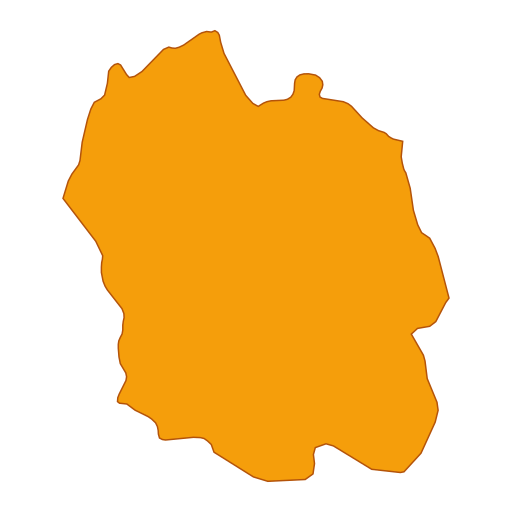 the Metropolitan department of Lozère
{"feature_id": "FRA-5320", "entity_name": "Lozère", "entity_type": "Metropolitan department", "adm_level": 1, "iso_a3": "FRA", "parent_name": "France", "parent_adm1": "", "projection": "mercator", "projection_center": [3.454, 44.535], "detail": "fine", "context": "isolated", "style": "filled", "palette": "amber", "viewbox_px": 512, "rotation_deg": 0, "n_neighbors": 0, "source": "natural_earth", "source_scale": "10m", "svg_char_len": 1971}
<svg xmlns="http://www.w3.org/2000/svg" viewBox="0 0 512 512"><path d="M449.0,298.1L445.7,302.6L435.8,321.6L429.7,326.3L417.5,328.4L411.3,334.1L423.4,355.2L425.0,361.0L427.2,378.6L437.0,402.3L438.1,410.3L435.2,422.1L421.0,453.2L404.0,471.8L400.4,472.5L371.7,469.3L333.4,445.9L326.0,443.8L315.3,447.6L313.4,454.5L314.5,463.6L313.0,473.9L305.2,479.5L267.8,481.3L253.4,476.9L214.0,452.2L211.3,444.5L207.5,440.9L204.1,438.5L200.4,437.6L193.4,437.3L165.5,440.0L162.3,439.5L159.5,438.0L158.4,434.1L158.2,430.5L157.4,426.5L155.6,422.8L151.6,419.0L148.3,416.7L135.1,410.2L126.8,404.0L119.5,403.2L117.5,401.6L117.8,397.7L119.2,394.1L126.0,380.5L126.6,376.7L125.8,372.9L120.3,363.6L119.0,357.0L118.3,348.3L118.3,344.3L118.8,340.9L120.3,337.4L122.1,334.0L122.8,330.0L122.8,325.1L123.3,321.2L124.1,317.7L123.9,313.6L122.0,308.7L107.4,290.0L105.1,286.2L103.1,281.2L101.4,272.5L101.4,267.1L101.7,262.6L102.4,259.2L102.7,255.7L95.8,241.3L63.0,198.4L68.3,181.0L71.9,174.1L78.6,164.9L80.0,160.5L82.2,142.2L87.5,119.4L90.9,108.9L94.3,102.3L100.9,98.8L104.6,95.1L107.4,83.3L108.7,71.2L111.3,67.4L114.5,64.6L117.9,63.6L120.6,65.0L126.5,74.5L129.2,77.5L134.6,76.4L142.0,71.5L163.5,49.4L168.8,47.1L171.9,48.0L175.3,48.3L179.2,47.2L183.6,45.1L199.1,34.2L201.9,32.8L206.6,31.5L211.3,32.1L214.9,30.7L217.8,32.5L219.3,35.2L220.7,42.4L224.0,53.4L245.7,95.3L252.8,103.4L258.2,106.4L263.5,103.1L266.9,101.7L271.0,100.8L283.9,100.2L287.4,99.3L290.8,97.2L292.9,94.3L294.2,90.7L294.6,83.2L295.2,79.8L297.0,76.9L299.9,74.9L303.9,73.9L308.7,73.8L315.6,75.1L319.6,77.7L322.3,81.3L322.8,84.8L322.1,88.0L320.3,91.3L319.3,94.3L320.0,97.0L322.4,98.4L343.3,101.7L348.0,103.7L351.5,106.3L362.0,117.8L373.3,127.8L378.4,130.6L384.1,132.4L386.3,133.8L388.6,136.4L391.2,138.0L393.4,139.1L402.7,141.3L401.2,156.8L402.3,163.3L403.8,169.2L404.7,171.1L405.8,172.8L410.2,188.3L413.4,210.3L417.7,224.8L421.6,232.7L429.7,238.2L435.1,248.4L438.2,256.6L449.0,298.1Z" fill="#f59e0b" stroke="#b45309" stroke-width="1.5"/></svg>